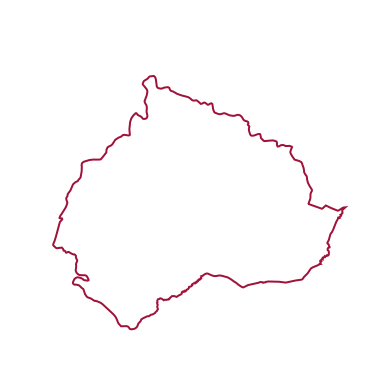 Phu Phan, Sakon Nakhon, Thailand (Albers equal-area conic projection), rotated 168°
{"feature_id": "78962969B29129628084941", "entity_name": "Phu Phan", "entity_type": "district", "adm_level": 2, "iso_a3": "THA", "parent_name": "Thailand", "parent_adm1": "Sakon Nakhon", "projection": "albers", "projection_center": [103.896, 16.916], "detail": "fine", "context": "isolated", "style": "outline", "palette": "rose", "viewbox_px": 384, "rotation_deg": 168, "n_neighbors": 0, "source": "geoboundaries", "source_scale": "gbopen_adm2", "svg_char_len": 5917}
<svg xmlns="http://www.w3.org/2000/svg" viewBox="0 0 384 384"><g transform="rotate(168 192 192)"><path d="M215.7,310.7L216.3,310.2L217.1,309.1L217.7,308.1L217.7,307.3L214.9,301.8L214.7,300.1L214.9,299.0L216.4,295.6L219.4,290.9L219.6,290.2L219.3,288.5L218.6,286.5L218.5,285.1L218.8,283.2L219.8,279.8L219.7,276.3L219.9,275.4L220.5,274.2L221.5,273.5L222.3,273.3L224.0,273.5L224.7,273.8L225.1,274.4L225.9,276.0L227.2,277.2L228.9,278.5L229.9,280.5L230.4,280.8L230.8,280.7L233.3,279.2L235.4,277.3L236.2,276.3L237.9,273.5L240.2,266.4L240.9,260.9L241.4,260.5L242.4,260.5L245.9,261.9L247.6,262.1L249.9,260.9L252.7,260.4L256.2,259.0L260.1,255.1L261.6,254.3L264.3,253.7L265.3,253.2L266.8,251.2L267.6,248.5L271.5,245.2L274.5,242.9L276.7,243.1L282.1,244.3L285.7,244.6L291.5,244.1L293.1,243.4L293.8,242.7L294.3,241.5L294.5,240.7L294.4,240.2L295.6,235.2L298.0,229.4L298.8,228.7L300.2,227.8L301.5,226.4L303.8,225.9L306.0,224.7L306.8,224.2L310.6,218.8L314.0,215.8L314.7,213.9L316.2,212.3L316.4,211.8L316.4,210.0L316.1,207.6L317.0,205.7L318.8,203.1L324.1,197.6L325.6,196.3L326.8,194.6L327.0,194.1L326.8,193.9L324.6,193.1L324.6,192.2L327.1,190.4L328.0,189.1L334.5,176.4L336.6,172.7L338.6,169.8L338.8,169.0L338.8,168.7L337.3,166.4L336.3,165.3L335.8,165.1L330.9,164.7L330.0,163.2L329.8,161.4L329.0,161.2L328.5,160.8L328.2,160.1L327.9,159.0L327.7,158.8L327.3,158.7L325.7,159.1L325.0,159.0L323.4,157.4L321.6,156.0L320.8,155.5L320.0,155.5L319.2,154.6L318.8,153.7L319.2,152.1L318.5,149.0L318.6,148.4L320.0,146.5L320.5,145.3L320.8,143.0L322.0,139.7L322.1,139.0L321.7,137.0L320.5,135.1L319.4,134.3L318.2,133.8L313.7,132.7L313.0,132.2L312.5,131.6L312.1,130.7L311.4,127.7L311.6,127.1L312.9,127.1L315.6,128.1L316.4,128.7L316.9,129.6L318.8,131.1L321.1,132.2L322.1,132.4L323.6,132.1L325.3,131.1L327.2,128.5L327.4,127.6L327.0,126.5L326.0,125.7L324.3,125.4L322.1,124.3L321.3,123.4L319.9,121.2L318.6,119.8L318.4,119.3L317.9,114.6L317.2,112.6L316.2,110.8L313.2,109.0L310.0,105.8L309.1,105.6L307.5,104.8L304.9,103.0L303.9,102.1L302.7,100.7L294.3,88.7L293.4,87.1L292.7,85.6L292.3,84.3L291.4,79.3L291.0,78.3L289.3,75.4L283.9,74.4L283.3,74.1L282.6,73.6L282.0,72.8L281.3,71.0L280.1,70.4L279.1,70.2L276.5,70.2L275.4,70.6L274.2,71.3L273.4,72.0L271.8,74.5L269.1,76.4L268.1,77.9L266.0,78.7L261.7,79.7L260.9,79.7L260.0,79.4L257.9,80.4L256.8,80.5L256.2,80.4L253.3,81.3L252.6,82.1L250.8,83.1L250.5,83.7L249.7,84.4L249.9,86.9L249.0,88.8L249.2,89.3L249.1,90.3L249.3,90.8L248.7,91.3L248.6,92.8L247.7,94.1L245.9,94.2L245.3,94.6L244.9,94.5L244.1,94.1L243.0,93.1L242.2,92.0L241.1,92.3L239.7,91.8L239.3,91.9L238.0,91.8L237.2,92.2L236.9,91.8L236.0,92.4L235.7,92.9L233.3,94.3L231.3,94.0L229.6,93.1L229.2,92.7L228.7,92.6L226.5,93.6L224.1,94.1L223.3,94.6L223.1,94.8L222.8,96.1L222.5,96.3L221.5,96.6L221.0,96.0L220.7,96.0L219.7,96.1L219.8,96.6L219.4,96.6L219.2,97.0L218.1,96.7L217.4,97.6L216.4,97.7L215.1,98.6L214.6,99.8L212.8,99.8L211.2,100.6L211.3,101.5L211.0,101.7L209.1,102.4L208.1,102.0L207.8,102.4L207.7,102.0L207.3,102.1L206.7,102.6L206.2,102.7L205.8,103.0L205.8,103.4L205.1,103.8L204.8,103.7L204.8,104.2L204.4,104.2L203.8,104.8L203.4,104.6L203.2,105.0L202.8,104.9L202.6,105.1L202.1,104.9L201.9,105.3L201.4,105.3L200.9,105.7L201.1,106.3L200.3,107.3L200.4,107.7L198.9,107.8L197.9,108.5L195.4,109.2L194.3,109.2L193.3,108.8L190.1,106.4L187.9,105.2L186.2,104.8L182.4,104.7L180.1,103.8L175.3,101.3L174.4,100.7L171.8,98.3L169.5,95.7L167.6,93.9L166.1,91.9L163.3,89.0L162.1,88.2L161.6,88.0L156.5,89.3L145.6,89.4L144.0,89.8L141.7,89.0L141.4,88.5L141.1,88.7L139.0,88.3L138.7,88.7L136.0,88.6L125.5,86.1L119.2,83.9L109.2,83.9L102.8,83.5L101.9,83.9L100.0,85.7L95.8,88.4L92.2,91.9L91.1,92.7L89.9,93.1L83.1,94.4L82.3,95.1L81.5,94.8L81.1,94.8L81.5,95.4L80.8,96.1L80.8,96.8L80.5,97.0L81.0,97.2L81.0,97.9L80.4,98.3L79.8,98.4L79.2,99.2L78.4,98.9L78.5,99.4L78.0,99.5L77.8,100.6L77.3,100.7L77.1,100.3L76.1,101.0L75.6,101.0L75.5,101.3L75.2,100.9L74.9,101.3L74.4,101.5L73.8,101.4L73.3,102.1L73.0,102.1L72.8,101.6L72.5,101.5L71.7,101.8L71.3,102.2L70.6,104.7L70.7,106.1L71.4,107.0L71.0,108.5L70.6,108.9L69.0,109.2L68.8,109.6L69.3,110.8L69.2,112.2L70.2,113.5L70.2,114.1L68.1,116.7L65.7,121.4L65.0,122.4L63.4,123.7L61.9,125.6L57.1,132.8L54.7,135.6L54.5,136.3L53.5,135.8L53.1,135.9L53.3,136.2L53.2,136.8L51.5,137.4L51.2,138.0L51.4,138.6L50.8,138.5L50.5,138.7L50.2,139.6L49.1,140.3L49.0,142.3L48.8,142.8L47.7,143.7L45.2,145.1L47.2,145.3L48.1,145.1L52.3,143.5L53.3,143.4L59.0,147.2L63.9,151.0L67.5,148.9L68.4,148.6L80.3,155.9L80.4,156.5L77.9,160.5L77.4,161.6L76.5,165.4L75.9,166.4L74.4,168.3L74.3,169.6L75.6,173.0L76.7,176.9L76.8,180.2L76.5,183.5L77.6,185.9L78.2,188.0L77.9,190.1L77.9,192.7L78.6,197.9L79.1,198.7L80.5,199.9L85.0,202.4L86.6,206.3L87.5,209.2L87.5,210.6L86.6,212.5L84.8,215.1L84.9,215.5L87.0,216.8L90.9,217.5L92.4,218.7L93.5,219.1L95.2,219.3L97.4,218.6L98.7,218.6L98.9,218.9L99.1,220.4L98.7,222.4L98.7,223.4L99.0,223.9L100.0,224.6L101.8,225.5L102.9,225.8L110.4,226.7L111.3,227.2L113.3,230.4L113.2,234.0L113.5,234.5L114.3,234.8L115.8,234.9L118.9,234.4L120.8,234.4L122.0,234.7L122.7,235.2L123.2,236.5L123.5,240.2L123.2,242.2L122.3,244.1L122.4,244.6L123.2,245.8L123.4,246.4L122.6,247.4L122.5,248.6L123.0,249.3L123.5,249.7L124.9,250.3L126.1,251.3L126.7,252.2L127.5,254.7L128.1,255.8L129.2,257.1L130.7,257.9L132.2,258.0L134.5,257.7L136.2,258.0L139.5,259.3L142.6,261.6L143.7,262.2L144.6,262.4L148.0,262.2L149.0,262.4L150.1,262.9L152.9,264.7L153.6,265.5L154.0,267.5L154.1,268.8L153.8,273.8L154.6,274.7L155.7,274.7L157.7,274.0L158.2,274.0L158.7,274.3L160.4,276.4L161.6,277.0L163.6,276.4L165.2,276.4L166.4,278.3L168.6,280.8L171.1,281.0L172.0,281.3L172.8,281.9L174.8,284.5L176.2,285.7L182.2,288.7L186.0,291.0L189.7,294.3L191.4,295.2L192.2,296.3L192.6,298.6L193.8,299.6L197.5,299.9L200.5,299.4L203.4,300.6L204.2,301.6L204.5,302.8L203.9,309.6L204.1,311.6L204.6,312.7L205.1,313.3L205.5,313.5L209.2,313.8L209.9,313.6L212.0,312.0L215.7,310.7Z" fill="none" stroke="#9f1239" stroke-width="2"/></g></svg>